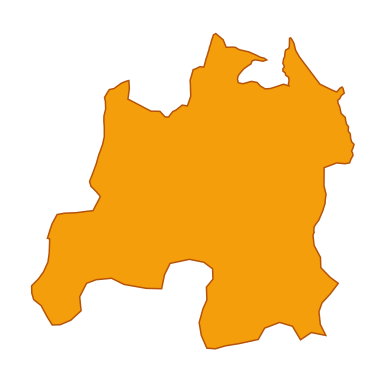 Mylikouri, Nicosia, Cyprus, rotated 178°
{"feature_id": "46923920B19881543279373", "entity_name": "Mylikouri", "entity_type": "district", "adm_level": 2, "iso_a3": "CYP", "parent_name": "Cyprus", "parent_adm1": "Nicosia", "projection": "natural_earth1", "projection_center": [32.723, 34.946], "detail": "fine", "context": "isolated", "style": "filled", "palette": "amber", "viewbox_px": 384, "rotation_deg": 178, "n_neighbors": 0, "source": "geoboundaries", "source_scale": "gbopen_adm2", "svg_char_len": 3543}
<svg xmlns="http://www.w3.org/2000/svg" viewBox="0 0 384 384"><g transform="rotate(178 192 192)"><path d="M341.0,72.1L336.3,64.0L328.2,64.0L317.6,68.1L307.0,77.2L307.9,91.2L300.6,104.4L290.8,107.7L275.4,108.6L263.2,102.0L241.0,97.3L225.7,96.4L222.4,110.2L216.4,121.4L197.0,124.8L182.6,121.4L174.1,114.5L174.1,104.2L180.9,96.4L180.9,83.5L185.1,74.9L189.4,61.2L187.7,48.3L182.6,35.4L174.1,34.5L164.0,37.1L150.5,38.8L131.0,42.3L124.2,53.4L109.0,58.6L96.3,54.3L88.7,40.5L77.7,47.4L63.3,44.0L68.4,55.2L68.8,60.9L69.3,68.1L65.9,76.7L63.5,79.1L57.4,85.3L49.0,95.6L53.0,98.8L56.4,101.5L56.6,101.6L63.6,109.3L65.9,111.9L65.9,112.5L65.9,117.0L65.9,122.2L66.2,122.8L71.8,134.3L72.0,136.3L72.6,144.6L71.3,147.6L71.7,147.9L71.2,152.8L68.9,156.2L66.3,159.3L65.1,161.9L64.0,164.3L61.6,169.5L61.5,169.9L60.7,172.3L59.4,176.0L59.1,179.6L58.1,184.9L59.7,192.6L59.9,193.6L59.7,197.9L59.1,211.7L53.1,213.7L46.4,216.0L38.0,214.9L37.5,215.0L35.5,215.3L33.5,215.6L32.0,219.2L29.8,223.0L30.2,225.5L31.1,227.3L29.8,229.8L28.4,233.9L30.7,236.6L31.5,239.5L31.8,244.7L33.8,247.4L33.3,251.7L35.1,254.2L36.0,258.2L36.2,261.2L40.2,265.2L41.5,272.2L42.8,275.2L43.3,278.5L41.1,280.1L39.3,283.3L36.4,285.5L37.5,290.5L38.5,291.7L40.7,290.4L42.2,288.7L43.9,286.9L48.7,289.1L60.4,295.3L80.0,323.3L83.5,330.0L84.9,336.9L85.6,338.4L86.8,340.8L87.9,342.5L88.2,342.6L89.2,342.2L89.4,338.3L89.6,335.0L90.1,332.3L90.3,332.2L93.5,330.5L93.9,329.2L94.3,327.1L94.7,323.9L95.7,322.2L95.8,321.9L96.7,317.4L95.4,314.3L95.3,313.7L96.7,312.2L96.8,312.1L96.9,309.5L96.8,309.4L94.8,308.1L94.4,305.8L94.3,305.6L94.2,305.4L91.4,303.2L91.1,299.8L91.9,296.6L91.5,294.7L96.9,296.5L104.8,294.1L110.1,292.7L115.2,292.5L119.7,295.3L123.1,299.2L128.7,300.5L137.4,298.4L141.9,299.6L142.6,303.0L142.0,306.2L140.4,308.4L137.2,312.0L135.7,313.4L135.3,313.7L131.1,316.5L128.7,317.8L127.4,320.9L127.2,321.0L124.2,321.9L119.5,320.9L118.6,320.7L116.5,320.2L112.7,321.4L113.6,322.1L115.2,323.2L117.5,323.9L119.8,324.6L122.2,326.1L126.9,328.4L130.2,330.0L135.3,331.4L135.7,331.5L139.5,332.5L140.4,332.9L143.5,335.0L146.4,335.4L152.8,335.4L155.3,342.3L155.5,343.0L162.7,349.5L162.8,349.4L165.1,348.3L166.0,345.7L166.4,344.8L167.4,342.0L168.4,338.6L169.7,335.4L169.9,333.9L170.4,332.7L170.7,331.9L172.1,327.6L173.3,324.6L174.6,320.1L175.8,316.5L176.3,316.4L179.6,317.0L184.9,314.6L186.5,314.3L188.6,307.8L190.0,303.7L189.8,298.4L189.9,297.2L189.9,294.3L189.9,287.9L190.8,285.5L192.5,280.9L193.6,278.2L194.2,278.3L198.8,279.2L199.5,278.6L205.2,274.4L208.5,273.0L208.6,272.9L208.7,272.7L212.9,267.7L216.3,268.0L221.2,273.7L225.7,274.0L230.0,274.2L230.5,274.4L231.6,275.1L233.0,275.8L238.7,279.0L239.4,279.5L247.0,283.8L252.8,287.1L252.2,290.4L251.0,297.7L251.1,301.1L251.2,305.6L251.5,305.5L253.4,305.1L254.0,304.9L256.6,304.0L258.8,303.2L259.4,302.8L266.3,298.1L268.6,297.7L270.9,297.3L271.1,297.2L273.0,294.5L274.7,291.8L276.1,289.6L275.4,285.4L275.4,277.9L277.3,271.2L277.6,266.5L277.6,266.2L277.4,260.0L277.7,250.4L279.7,242.6L282.7,235.1L283.6,233.1L284.0,231.9L284.7,229.8L286.5,224.1L286.8,223.2L288.8,218.3L289.6,216.3L292.5,209.5L294.0,206.2L293.2,202.8L292.8,201.2L292.3,200.7L287.9,196.0L285.0,192.4L283.8,190.5L286.7,185.3L288.8,181.8L291.5,176.8L298.6,176.3L301.6,176.0L308.8,175.3L309.8,175.3L316.1,175.3L319.9,175.3L327.6,174.2L332.7,165.5L332.8,165.4L333.8,162.8L335.4,158.6L336.3,155.9L338.0,151.0L338.1,150.9L335.9,150.0L336.3,143.4L336.9,135.5L338.4,127.0L343.1,117.5L348.3,110.7L355.6,103.8L355.6,96.4L354.0,90.0L346.7,83.7L341.0,72.1Z" fill="#f59e0b" stroke="#b45309" stroke-width="1.5"/></g></svg>